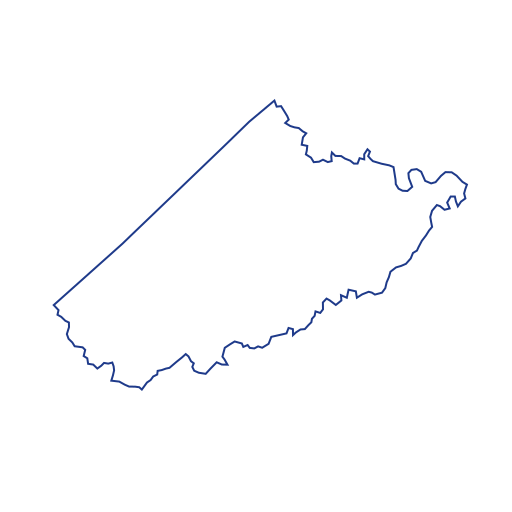 the district of Mariluz, Paraná, Brazil, rotated 220°
{"feature_id": "56859067B28050062371574", "entity_name": "Mariluz", "entity_type": "district", "adm_level": 2, "iso_a3": "BRA", "parent_name": "Brazil", "parent_adm1": "Paraná", "projection": "natural_earth1", "projection_center": [-53.245, -24.055], "detail": "fine", "context": "isolated", "style": "outline", "palette": "blue", "viewbox_px": 512, "rotation_deg": 220, "n_neighbors": 0, "source": "geoboundaries", "source_scale": "gbopen_adm2", "svg_char_len": 2507}
<svg xmlns="http://www.w3.org/2000/svg" viewBox="0 0 512 512"><g transform="rotate(220 256 256)"><path d="M140.3,446.3L145.5,445.5L154.0,446.5L159.9,445.9L164.8,442.0L165.8,436.3L165.9,428.0L168.5,424.2L174.7,422.3L183.6,426.7L188.7,425.9L192.3,421.9L192.5,417.4L188.9,413.9L180.8,409.4L181.8,403.1L185.7,400.2L190.1,399.2L195.1,400.9L198.0,404.0L207.8,412.5L212.2,411.1L219.1,407.4L227.4,403.8L230.8,404.0L234.3,404.6L235.8,409.2L239.2,409.4L238.5,403.5L235.2,399.6L239.5,397.5L237.6,392.1L240.4,389.7L245.1,389.6L250.5,387.8L255.0,387.3L259.5,383.7L264.4,384.1L262.5,380.8L259.0,377.3L261.4,374.1L266.6,372.8L268.3,368.8L272.1,365.0L277.1,366.7L283.1,365.9L284.8,369.3L287.5,373.3L292.5,370.6L296.3,377.1L296.4,382.3L300.4,381.5L305.5,381.5L309.2,379.3L313.3,377.6L319.1,376.7L318.6,381.5L321.9,383.2L326.6,384.8L333.1,386.9L336.2,383.7L341.8,386.9L347.5,354.6L351.1,319.4L358.8,248.2L365.1,190.3L366.2,179.7L379.4,88.4L372.5,87.6L370.3,83.4L366.1,84.2L360.4,83.8L356.6,84.8L353.5,81.3L350.7,74.6L346.4,72.1L341.1,71.7L336.9,70.3L330.1,74.6L326.5,74.3L323.7,68.6L319.5,69.2L315.3,65.5L310.9,68.2L305.2,67.8L304.0,72.5L303.7,76.4L300.0,78.6L297.6,82.0L294.2,80.0L291.2,77.2L288.9,72.7L286.7,67.5L280.0,71.9L273.7,73.1L269.3,74.4L264.6,78.2L261.1,80.4L257.6,80.3L258.2,89.0L257.0,93.2L257.3,97.6L255.5,101.7L257.5,104.8L254.9,108.0L252.6,111.9L250.4,114.7L248.9,123.6L247.5,130.7L246.8,135.7L243.2,135.7L238.1,133.6L234.7,133.8L233.5,130.1L229.6,128.4L224.8,129.8L218.8,133.4L218.5,140.3L217.8,149.3L212.4,150.9L208.0,154.4L213.6,156.5L217.0,157.3L220.9,165.6L219.1,171.7L217.4,176.8L210.6,179.9L207.3,178.2L205.2,182.4L201.7,181.6L197.9,184.1L196.3,188.1L192.3,189.7L189.9,196.8L192.3,203.9L187.6,210.1L182.9,216.3L184.8,221.8L180.7,223.7L176.8,219.2L176.3,223.1L174.7,228.3L171.6,231.4L171.4,236.8L171.0,240.8L172.8,243.9L172.6,247.8L174.8,251.8L170.2,253.7L170.4,258.2L174.9,263.4L174.6,268.7L171.1,269.4L163.4,269.8L162.0,276.8L165.7,280.6L159.6,282.4L161.5,286.0L163.4,289.7L156.8,293.1L151.9,288.9L150.0,294.9L146.7,301.0L143.8,302.4L140.1,302.9L135.9,308.9L136.3,314.5L139.0,319.8L140.6,325.2L142.9,330.4L141.4,337.3L138.5,341.6L136.1,346.4L135.9,353.6L137.7,359.2L136.2,363.6L137.2,367.3L138.7,374.2L139.0,381.0L139.8,386.7L139.8,391.5L143.2,394.2L147.6,397.9L150.2,403.8L150.2,411.3L147.0,412.5L141.3,412.6L138.2,416.9L143.9,419.8L145.1,426.7L141.9,429.4L137.9,426.3L133.3,423.8L133.9,429.4L132.6,434.7L136.8,437.7L138.7,441.9L140.3,446.3Z" fill="none" stroke="#1e3a8a" stroke-width="2"/></g></svg>